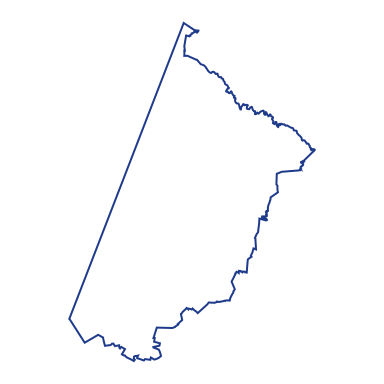 the district of Cintalapa, Chiapas, Mexico
{"feature_id": "50627088B82563437390549", "entity_name": "Cintalapa", "entity_type": "district", "adm_level": 2, "iso_a3": "MEX", "parent_name": "Mexico", "parent_adm1": "Chiapas", "projection": "albers", "projection_center": [-93.728, 16.752], "detail": "fine", "context": "isolated", "style": "outline", "palette": "blue", "viewbox_px": 384, "rotation_deg": 0, "n_neighbors": 0, "source": "geoboundaries", "source_scale": "gbopen_adm2", "svg_char_len": 5968}
<svg xmlns="http://www.w3.org/2000/svg" viewBox="0 0 384 384"><path d="M183.7,23.0L130.5,160.7L69.3,318.9L69.4,319.1L69.6,319.1L84.7,342.7L98.2,334.8L103.1,337.6L103.1,338.2L104.1,342.6L105.0,345.8L110.3,345.1L111.4,344.5L111.9,343.7L113.4,343.6L113.5,343.9L115.0,346.1L119.1,345.3L119.1,346.3L119.3,347.3L119.7,347.9L119.8,349.2L120.5,347.5L121.2,346.9L122.0,347.4L123.0,347.9L125.0,349.1L121.9,354.3L122.5,354.8L123.8,355.4L124.4,355.6L124.8,355.4L125.7,356.4L126.0,356.8L127.7,357.9L130.4,359.1L133.8,361.0L134.0,360.5L134.7,360.0L134.8,359.7L133.8,358.5L134.0,356.7L134.3,356.4L135.4,356.0L137.0,355.9L138.0,355.6L137.0,358.0L137.3,358.3L139.2,358.8L143.9,360.5L145.0,359.1L150.3,359.8L150.9,357.5L154.4,359.6L157.1,358.7L158.8,357.8L161.0,356.0L160.0,352.3L158.8,349.6L153.4,347.5L153.3,347.0L159.4,345.7L159.9,343.3L154.1,341.7L154.7,338.0L153.5,338.0L156.8,327.6L172.3,328.0L174.8,327.1L174.8,326.9L178.2,324.6L177.8,324.0L182.2,320.0L180.9,314.0L181.7,313.3L182.3,312.5L182.7,311.8L185.9,308.9L186.6,308.0L188.3,309.4L188.6,308.6L190.2,308.9L191.8,309.5L192.6,308.5L194.3,310.2L196.4,311.7L197.7,313.1L207.4,304.3L208.7,302.5L214.6,302.8L216.6,302.0L217.2,302.1L217.7,301.9L217.6,301.7L219.6,302.0L219.8,301.8L222.0,301.4L222.4,301.4L224.5,300.7L225.2,301.0L225.7,300.5L226.3,300.4L227.5,300.5L228.5,300.4L229.5,300.6L229.5,300.3L229.9,299.9L229.7,299.7L230.5,297.6L232.0,294.6L233.1,292.9L233.6,290.9L234.0,290.7L234.8,289.3L231.6,281.6L233.9,277.1L234.6,275.5L235.1,274.9L235.2,273.7L235.6,273.7L236.5,271.8L237.6,272.2L238.7,273.0L238.7,272.3L238.9,272.1L238.9,271.8L238.8,271.7L239.2,271.3L239.1,270.9L239.6,271.0L240.2,270.9L240.8,271.1L241.2,271.7L241.5,271.5L242.5,272.3L242.9,271.6L243.2,271.5L245.0,271.8L245.2,272.3L245.5,272.3L246.7,272.6L247.7,260.4L248.1,259.1L251.5,256.8L250.8,255.9L252.4,252.5L253.5,248.4L256.0,249.4L255.4,238.8L255.4,238.4L254.9,238.0L256.5,234.4L258.1,232.1L258.3,229.8L259.1,223.8L259.4,218.6L265.8,220.4L266.8,220.2L267.0,220.0L266.6,219.2L266.0,218.6L262.0,217.2L262.2,216.4L265.4,216.4L266.7,216.2L266.8,215.4L266.1,215.5L266.1,214.3L266.6,214.2L266.8,212.2L266.0,212.2L265.9,212.0L266.2,211.4L266.6,211.0L267.4,210.7L267.9,210.8L267.9,207.8L268.3,205.4L269.5,202.6L270.0,200.6L270.4,199.9L270.5,198.2L270.7,197.8L270.7,197.3L277.9,192.3L277.5,190.0L277.4,185.6L276.4,184.4L276.8,173.8L281.7,171.8L299.1,170.4L299.5,170.1L300.1,170.3L300.3,170.1L299.7,170.0L299.8,169.7L300.0,169.3L300.2,169.2L300.3,168.8L300.6,169.0L300.5,168.8L301.1,168.1L300.7,167.7L300.7,166.8L301.4,166.2L302.5,165.8L303.1,164.8L303.2,164.4L302.7,164.2L302.8,163.0L303.2,162.5L302.4,162.7L301.9,162.9L301.5,162.9L301.2,162.8L301.0,162.1L303.9,160.6L311.6,153.1L314.5,150.4L314.7,149.8L314.4,149.6L314.2,149.3L313.9,149.1L313.1,149.3L312.7,149.7L312.1,149.8L311.5,150.2L311.9,150.9L310.8,149.3L311.0,148.6L311.3,148.4L310.0,147.4L309.8,147.0L309.7,146.6L309.8,145.9L308.9,144.7L308.5,143.8L307.8,143.5L307.4,143.7L306.7,143.7L306.2,142.6L304.6,140.5L303.6,140.2L303.0,140.5L302.6,140.6L302.0,140.2L301.8,139.9L301.8,139.3L301.6,138.7L301.5,137.7L301.1,137.2L299.5,135.5L299.1,135.4L297.2,133.3L296.8,132.0L296.8,131.4L296.5,130.9L296.3,130.7L295.8,130.7L293.8,130.3L293.6,129.9L293.3,128.7L292.9,128.2L292.2,127.8L291.4,127.8L290.6,127.5L287.3,125.5L286.9,125.6L286.3,125.5L285.9,125.7L285.2,125.4L284.8,124.8L284.5,124.5L283.9,124.3L283.4,124.5L282.9,124.4L281.1,123.7L280.9,123.8L280.6,124.7L280.2,125.1L279.9,125.1L279.7,124.4L279.2,123.9L278.4,124.4L278.2,125.1L278.4,125.7L278.4,126.5L278.2,127.0L277.8,126.8L277.2,126.2L276.7,125.1L276.6,123.2L276.3,122.1L275.9,122.0L275.4,122.1L275.3,122.3L275.0,123.7L274.4,124.1L273.1,123.3L272.9,123.0L273.3,121.8L273.2,121.0L272.9,120.3L272.2,119.6L272.0,119.0L272.2,118.7L272.6,118.5L273.0,117.8L272.8,117.1L272.4,116.7L272.0,116.7L271.1,116.2L270.8,115.8L270.7,115.0L270.4,114.5L270.1,114.4L269.9,114.5L268.7,116.2L268.4,116.2L267.8,115.3L267.3,114.9L266.8,113.4L266.1,112.3L265.8,112.1L265.5,112.5L265.5,114.2L265.0,114.8L264.6,114.6L264.1,113.9L264.1,112.9L263.7,111.0L263.5,110.7L262.9,110.7L262.3,110.9L260.5,111.7L259.6,112.5L259.1,113.4L258.8,113.6L258.4,113.6L257.4,112.7L257.0,113.0L256.2,114.0L255.6,114.2L255.0,114.1L254.9,113.6L255.2,112.6L255.2,111.4L255.0,111.2L254.4,111.3L253.8,111.2L253.7,110.9L252.6,109.4L252.0,107.1L251.6,106.9L251.4,106.9L250.4,107.4L249.8,108.2L249.5,108.8L249.2,109.2L248.7,109.2L247.5,108.9L247.1,108.8L246.8,108.3L247.0,106.6L247.2,106.0L247.7,105.6L247.8,105.3L247.7,105.2L247.1,104.9L246.3,104.8L244.6,105.2L244.3,105.0L243.8,104.2L243.3,104.1L242.8,104.8L242.4,105.7L241.9,106.2L241.0,107.4L241.1,108.1L241.0,109.1L240.8,109.5L240.4,109.4L239.6,107.6L239.5,106.5L238.8,104.4L238.6,103.8L237.9,103.4L236.7,103.4L235.9,102.7L235.6,102.2L235.0,100.6L235.1,99.7L235.5,99.2L235.5,98.5L235.3,97.9L235.0,97.8L234.6,97.9L234.0,97.7L233.9,97.3L234.5,96.1L234.5,95.8L234.3,95.7L233.5,95.6L233.2,95.2L232.1,93.4L231.7,92.0L231.2,91.4L230.6,91.6L230.3,92.6L230.0,92.9L229.8,93.1L229.3,93.1L228.5,92.8L227.7,91.7L226.8,91.8L226.3,91.6L226.2,91.4L226.1,91.0L227.2,89.2L227.6,88.8L228.6,88.5L228.9,88.0L228.7,87.8L228.3,87.4L227.4,85.4L226.8,85.0L225.8,84.6L225.0,83.8L224.8,83.3L224.7,82.1L224.5,81.7L223.8,81.1L223.4,80.5L223.1,79.0L222.7,78.7L222.2,78.6L221.6,78.4L221.4,77.7L221.2,77.2L220.5,77.1L219.3,77.1L218.8,76.8L217.9,75.3L217.6,73.9L217.3,73.6L216.9,73.6L216.0,74.0L215.7,73.9L215.3,73.5L214.4,72.3L213.3,71.8L212.7,71.8L212.3,71.9L211.6,72.7L211.3,72.9L210.4,72.8L209.7,72.4L208.3,71.1L207.0,69.1L206.9,68.8L206.0,67.8L205.9,67.3L205.5,66.8L203.7,65.2L200.8,64.2L200.5,63.9L196.9,59.7L196.4,59.8L187.5,55.8L184.3,55.9L184.4,53.1L184.3,50.7L184.9,50.7L184.3,46.3L186.1,35.5L189.4,36.4L189.9,36.1L189.7,35.9L189.6,35.5L190.1,35.3L190.4,34.9L191.0,34.7L191.3,34.3L191.6,34.2L191.7,33.5L192.1,33.6L193.0,32.9L194.2,32.3L194.3,31.6L195.3,31.6L197.0,32.6L198.3,31.2L198.4,30.6L195.3,30.3L193.2,29.3L183.7,23.0Z" fill="none" stroke="#1e3a8a" stroke-width="2"/></svg>